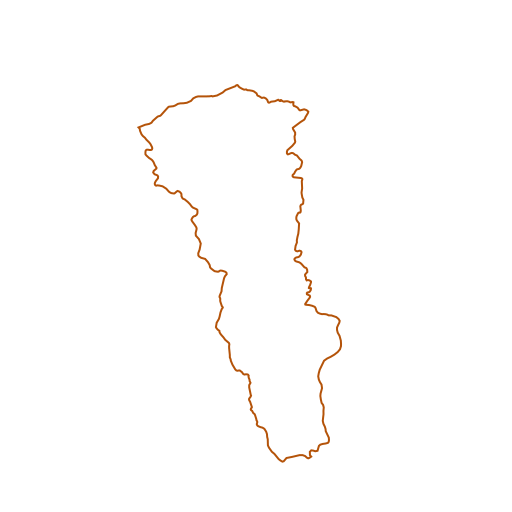 the district of San Benito, Santander, Colombia, rotated 128°
{"feature_id": "7082276B8887229584213", "entity_name": "San Benito", "entity_type": "district", "adm_level": 2, "iso_a3": "COL", "parent_name": "Colombia", "parent_adm1": "Santander", "projection": "mercator", "projection_center": [-73.532, 6.104], "detail": "fine", "context": "isolated", "style": "outline", "palette": "amber", "viewbox_px": 512, "rotation_deg": 128, "n_neighbors": 0, "source": "geoboundaries", "source_scale": "gbopen_adm2", "svg_char_len": 6141}
<svg xmlns="http://www.w3.org/2000/svg" viewBox="0 0 512 512"><g transform="rotate(128 256 256)"><path d="M241.2,407.7L242.9,406.6L244.0,405.6L244.3,404.1L244.6,400.5L244.4,398.6L244.4,396.9L244.7,395.7L245.2,394.3L246.7,391.7L247.7,388.8L248.4,388.3L251.9,389.0L253.4,388.5L253.8,387.5L254.0,386.1L253.3,384.0L253.2,383.1L253.6,382.1L255.1,381.1L258.5,381.1L260.4,380.8L261.5,380.2L262.1,379.3L262.2,378.4L261.9,377.8L261.1,377.3L260.0,375.5L258.6,372.5L258.2,368.1L258.9,364.4L258.9,363.2L258.6,361.5L257.2,359.0L256.6,358.7L253.9,358.2L253.0,357.8L252.4,355.8L252.7,353.7L253.1,352.9L254.8,351.5L255.7,349.6L255.8,348.8L255.3,347.0L255.4,343.1L255.8,340.0L256.6,337.1L256.7,335.5L255.7,331.5L255.8,330.6L257.2,329.3L258.6,328.4L259.9,328.1L261.8,328.5L262.8,329.3L264.1,329.7L265.7,329.6L267.0,329.3L267.6,328.6L268.1,327.3L269.2,323.3L270.1,320.8L270.7,319.9L271.7,319.2L275.1,317.7L277.0,315.9L277.8,311.4L280.2,307.2L285.6,304.4L289.4,303.2L291.1,301.7L291.4,300.4L291.2,298.1L289.6,294.3L290.4,290.1L291.3,287.8L291.7,286.9L293.2,285.2L293.5,284.0L293.5,280.3L293.4,279.2L292.1,276.7L291.3,275.8L290.2,275.6L289.2,274.9L288.4,273.5L287.4,270.8L287.3,269.7L287.5,268.8L288.4,267.9L291.0,268.0L293.1,267.5L302.2,263.3L305.1,261.4L309.5,260.2L310.4,259.8L310.9,259.3L311.3,258.3L311.9,257.7L313.4,256.6L314.1,255.7L316.5,252.1L316.8,250.8L317.1,250.4L319.0,250.3L322.4,249.2L326.1,247.4L328.4,246.5L332.8,245.9L336.7,243.8L337.1,243.0L337.6,240.8L337.5,238.8L338.5,237.8L339.1,236.5L339.6,234.6L340.1,231.8L341.0,228.6L341.2,223.8L341.9,222.7L343.6,221.7L345.2,220.4L350.1,215.7L352.0,214.2L353.1,212.3L354.0,211.4L356.1,207.7L358.1,202.6L358.3,201.2L358.1,200.5L357.8,199.9L356.6,198.9L356.2,198.3L356.2,195.4L356.8,193.7L356.7,192.8L356.6,192.2L355.4,191.1L354.6,189.9L354.4,189.2L354.8,188.1L355.6,187.7L356.6,186.5L357.4,185.0L358.5,184.0L359.3,182.3L359.9,182.1L361.3,182.0L362.0,181.8L363.8,180.4L368.7,174.6L369.1,173.9L370.6,173.6L372.4,173.6L373.1,173.4L374.0,172.3L374.3,171.2L377.6,166.2L378.2,166.0L379.1,166.1L380.1,165.7L380.5,164.9L380.4,163.7L381.4,161.6L381.5,159.6L382.1,158.6L384.3,155.4L385.2,154.4L385.6,153.3L386.1,152.7L387.6,152.1L388.4,151.5L388.8,150.2L388.7,149.3L388.1,147.1L387.3,145.3L387.1,143.9L387.1,142.8L388.2,139.8L389.6,137.7L391.7,135.8L393.2,133.9L397.8,130.1L398.4,129.1L399.1,127.6L400.5,123.0L400.6,119.7L402.1,113.1L402.1,110.9L401.8,108.6L400.7,107.8L396.4,107.6L392.0,103.8L386.0,99.0L384.2,96.6L383.4,94.1L383.6,91.7L383.3,90.3L382.1,89.6L380.1,89.0L379.7,90.9L377.2,93.0L375.1,92.8L374.1,91.1L373.4,89.1L371.6,87.6L366.9,89.5L365.1,89.2L363.1,87.8L360.9,85.7L359.0,84.3L357.7,84.3L356.2,85.1L354.3,86.8L351.1,93.2L349.5,94.7L348.1,96.7L346.7,99.6L344.8,101.9L339.1,105.4L336.5,107.5L333.6,109.4L332.0,111.5L331.4,113.8L329.1,116.6L326.7,119.1L324.7,120.4L319.5,122.6L317.0,125.2L316.0,128.0L314.7,130.4L312.5,132.9L309.7,134.4L306.3,135.8L296.6,137.9L292.9,136.8L289.5,135.1L285.4,133.5L281.4,132.5L277.8,132.4L274.8,133.5L273.0,134.8L270.5,137.0L267.5,141.0L266.1,144.4L264.4,146.6L262.5,148.1L259.8,148.8L257.3,149.3L255.6,150.1L254.8,152.2L254.7,155.1L256.4,160.0L258.1,162.3L258.3,163.7L259.0,165.3L260.2,167.1L261.2,168.2L262.0,170.0L262.6,172.2L262.3,173.7L262.1,174.5L260.4,176.9L259.9,178.4L260.6,181.0L261.8,183.7L263.7,186.7L263.9,187.3L263.5,187.7L259.4,188.0L256.2,188.0L254.9,188.2L254.1,189.2L254.8,192.3L254.0,193.1L253.2,193.1L251.9,192.0L251.1,191.7L249.4,191.8L247.9,192.5L247.6,193.1L248.5,194.0L248.7,194.6L248.1,195.0L245.6,195.5L242.8,196.5L242.2,197.0L242.3,198.8L242.7,199.7L243.0,200.3L244.0,201.0L243.6,202.2L242.1,203.5L241.5,205.0L240.8,205.6L240.4,205.9L239.6,205.9L237.0,205.7L235.3,207.3L234.6,208.7L234.6,209.4L235.1,210.8L234.3,215.1L234.2,216.7L234.4,218.2L235.5,220.9L235.7,222.0L235.2,223.5L234.5,223.9L233.5,223.8L232.4,223.4L230.8,222.0L229.6,221.5L227.3,221.5L224.9,222.5L224.5,223.6L225.0,225.0L226.8,226.2L227.2,227.1L227.4,227.9L227.0,229.1L223.7,231.0L220.1,232.1L218.5,233.5L215.4,235.1L212.4,236.4L208.7,238.7L203.8,242.1L202.9,245.6L202.3,246.7L201.2,247.7L199.8,248.5L196.9,249.1L195.9,249.2L195.1,248.7L194.9,248.1L194.2,247.9L193.4,248.2L192.5,248.8L189.5,251.7L188.5,252.0L187.8,252.0L186.3,251.2L185.6,251.2L182.5,253.2L181.4,255.5L178.7,258.5L177.8,259.3L174.4,261.2L168.8,266.0L167.2,266.6L166.8,266.9L166.6,267.8L167.0,268.8L170.7,274.7L170.8,275.7L170.6,276.3L170.1,276.7L169.4,277.0L168.0,276.7L167.3,276.7L165.5,277.1L163.4,277.2L162.4,277.0L161.0,275.8L160.0,275.5L158.8,275.5L157.2,275.8L153.7,277.4L153.0,278.3L152.7,279.2L152.6,281.5L151.6,285.6L152.2,287.7L152.1,289.1L152.2,290.2L152.7,291.2L153.5,291.8L155.9,293.1L156.4,293.7L156.1,294.8L154.7,295.9L153.3,296.4L146.8,295.2L142.7,295.1L141.7,295.5L139.9,297.6L138.0,299.3L136.2,299.9L134.6,301.2L133.1,305.1L132.3,305.9L123.1,303.4L119.1,302.0L117.8,302.0L116.2,302.5L111.3,303.1L110.1,303.6L109.9,305.1L110.1,306.6L110.8,308.4L114.1,310.9L114.3,311.6L113.5,314.6L113.9,317.3L114.4,318.3L114.2,319.2L113.3,320.2L111.8,321.1L112.0,321.8L113.8,323.5L114.1,325.1L114.7,326.5L116.3,328.4L116.6,328.4L117.3,329.2L117.6,330.3L117.7,332.3L117.9,332.5L118.7,332.1L119.1,332.5L119.3,333.0L119.1,333.8L119.2,334.7L122.4,336.4L124.6,338.6L125.1,339.1L126.8,339.8L127.4,340.6L127.3,341.2L126.1,343.2L125.8,345.2L126.1,346.9L126.6,347.7L127.6,348.5L127.9,348.9L128.1,351.6L128.6,353.4L128.6,353.8L127.5,355.7L127.6,359.1L128.1,360.6L129.6,363.4L130.7,364.9L130.8,366.3L132.1,367.6L132.4,368.2L132.9,370.5L133.2,372.8L133.1,374.3L132.7,374.9L132.8,376.0L133.6,376.6L135.1,376.9L144.0,382.2L147.7,382.9L153.5,385.5L157.0,388.5L157.2,389.4L159.2,391.4L165.9,399.9L167.6,401.2L170.4,402.5L173.8,402.7L177.8,404.8L180.3,407.2L182.4,409.7L184.2,411.2L187.1,412.3L188.9,413.4L191.9,416.5L192.6,416.8L195.0,417.0L203.7,417.6L204.7,417.9L206.2,419.1L207.5,419.5L213.0,420.5L215.2,420.4L216.0,420.7L217.7,421.5L220.9,424.2L227.0,427.7L227.3,426.0L228.7,424.5L230.6,421.1L231.1,419.0L231.2,416.3L231.8,414.1L232.3,409.9L232.8,408.0L234.3,404.8L235.2,403.9L236.2,403.6L237.1,404.0L237.9,405.0L238.8,406.7L239.6,407.6L240.3,407.8L241.2,407.7Z" fill="none" stroke="#b45309" stroke-width="2"/></g></svg>